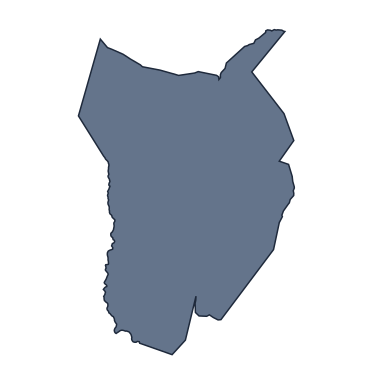 the district of Santos Reyes Pápalo, Oaxaca, Mexico, rotated 265°
{"feature_id": "50627088B34402945572854", "entity_name": "Santos Reyes Pápalo", "entity_type": "district", "adm_level": 2, "iso_a3": "MEX", "parent_name": "Mexico", "parent_adm1": "Oaxaca", "projection": "albers", "projection_center": [-96.887, 17.792], "detail": "fine", "context": "isolated", "style": "filled", "palette": "slate", "viewbox_px": 384, "rotation_deg": 265, "n_neighbors": 0, "source": "geoboundaries", "source_scale": "gbopen_adm2", "svg_char_len": 3324}
<svg xmlns="http://www.w3.org/2000/svg" viewBox="0 0 384 384"><g transform="rotate(265 192 192)"><path d="M211.1,290.6L215.1,281.6L234.4,297.9L262.0,290.5L306.4,262.0L343.8,298.5L344.2,297.3L345.4,295.6L346.1,291.6L346.0,289.9L346.6,288.1L345.5,285.5L346.3,284.2L346.9,281.4L346.2,279.6L344.5,279.2L339.4,271.9L338.0,268.5L334.7,266.5L333.9,261.8L333.0,260.2L332.4,257.1L317.5,237.5L312.2,235.7L308.4,231.5L306.3,230.5L303.5,230.3L301.7,228.6L304.5,228.5L306.1,226.6L311.4,208.7L310.3,205.0L309.3,188.8L311.1,184.4L311.8,182.4L316.2,170.8L321.1,153.5L323.2,151.6L329.9,142.1L335.2,135.4L341.3,124.3L343.2,120.4L352.3,114.0L277.7,85.5L235.6,107.0L234.5,107.7L233.9,108.2L232.8,108.5L232.0,109.0L230.6,110.2L229.3,111.1L228.1,111.2L227.2,111.5L226.1,111.6L225.2,111.4L224.0,111.0L222.8,110.9L221.8,110.7L220.2,110.3L219.2,110.4L218.0,110.5L217.0,110.7L216.3,110.4L215.6,109.9L214.8,109.7L213.9,109.9L212.8,110.4L212.1,110.8L211.4,110.9L210.7,110.9L210.0,111.2L209.1,110.9L208.2,110.3L207.1,109.9L206.2,109.8L205.4,110.1L205.3,110.3L205.1,110.7L204.5,110.7L203.6,110.1L202.0,109.4L199.9,108.0L198.3,108.5L197.1,108.0L196.2,107.6L195.3,107.6L194.6,107.9L193.6,107.9L192.8,107.8L191.6,108.2L190.6,108.0L189.4,107.5L188.6,107.3L187.2,107.3L186.7,107.5L185.7,107.8L184.7,108.2L183.8,108.2L182.8,108.1L182.2,108.0L181.4,107.9L181.0,108.0L180.5,108.2L179.9,108.1L178.8,108.0L178.0,108.2L177.1,108.6L176.4,109.4L175.6,110.0L174.1,110.2L173.5,110.5L173.0,110.9L172.4,111.6L171.7,112.0L171.3,112.6L170.3,112.7L169.2,112.4L168.5,111.7L167.5,111.4L166.3,111.4L165.6,111.5L164.9,111.4L164.0,111.3L162.6,110.8L161.6,110.6L160.8,110.2L159.9,109.6L159.2,109.2L158.6,108.3L157.9,107.6L156.9,107.4L155.5,107.4L154.6,107.8L153.4,109.0L151.8,109.2L151.3,109.4L151.1,109.9L150.6,110.4L149.9,110.6L149.2,110.6L148.0,109.6L147.6,108.2L145.3,107.2L143.6,108.2L142.7,108.1L141.9,107.9L141.1,104.8L140.4,103.4L139.0,102.5L137.6,102.2L136.4,102.2L135.3,102.4L134.3,102.6L132.9,102.6L131.5,102.4L130.8,102.6L128.0,102.6L127.3,102.3L127.1,101.2L127.1,99.8L126.5,99.4L124.8,99.7L123.6,99.7L122.5,99.0L121.5,99.0L118.5,101.1L117.3,101.3L115.2,100.1L112.7,98.9L109.6,96.7L108.5,96.9L106.8,98.6L105.9,99.0L105.2,98.8L105.0,97.8L104.3,96.7L102.7,95.2L100.8,96.6L99.8,97.1L98.7,96.6L97.7,96.4L95.6,94.9L94.9,95.2L93.1,95.1L91.4,95.3L91.0,95.8L90.0,96.5L88.6,98.1L87.9,98.4L86.0,98.3L84.9,97.9L84.2,97.4L83.0,97.1L81.8,97.4L81.1,98.0L80.0,98.5L78.8,98.7L78.1,99.7L76.7,100.6L75.5,101.5L75.0,102.2L74.8,102.7L73.8,103.1L72.4,103.6L70.6,103.6L68.7,104.3L67.0,105.4L66.1,105.2L64.9,104.9L64.0,104.4L63.1,103.5L61.9,102.8L60.8,102.5L59.4,102.7L58.2,103.4L57.7,104.1L58.4,105.3L59.1,106.7L60.0,108.1L60.4,109.3L60.4,110.5L60.0,111.9L59.2,113.5L59.2,114.7L58.7,115.7L58.3,116.9L56.9,117.9L55.5,118.8L53.6,119.2L52.4,119.4L51.2,119.1L50.1,119.1L48.9,119.6L48.0,120.2L47.5,121.2L47.3,122.0L47.2,123.2L47.9,124.4L47.5,126.4L45.9,126.7L31.7,158.0L45.0,172.5L87.9,186.9L83.8,186.3L80.8,185.4L71.7,184.9L67.9,188.2L66.9,195.8L68.1,198.6L65.1,202.3L62.3,206.8L62.3,209.7L127.5,268.2L154.3,276.4L154.4,276.6L159.6,279.9L161.1,279.5L162.3,280.1L165.1,281.4L171.7,287.0L172.7,288.0L176.0,289.2L179.6,293.0L181.8,293.3L184.4,293.0L187.1,294.3L188.5,294.3L189.5,294.1L193.7,293.3L197.0,293.2L198.7,293.2L211.1,290.6Z" fill="#64748b" stroke="#1e293b" stroke-width="1.5"/></g></svg>